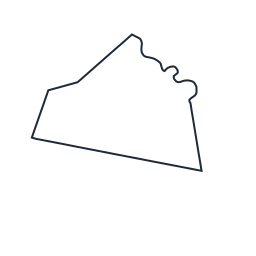 outline of São Bernardo, Maranhão, Brazil, rotated 230°
{"feature_id": "56859067B43626889758943", "entity_name": "São Bernardo", "entity_type": "district", "adm_level": 2, "iso_a3": "BRA", "parent_name": "Brazil", "parent_adm1": "Maranhão", "projection": "mercator", "projection_center": [-42.405, -3.29], "detail": "fine", "context": "isolated", "style": "outline", "palette": "slate", "viewbox_px": 256, "rotation_deg": 230, "n_neighbors": 0, "source": "geoboundaries", "source_scale": "gbopen_adm2", "svg_char_len": 1107}
<svg xmlns="http://www.w3.org/2000/svg" viewBox="0 0 256 256"><g transform="rotate(230 128 128)"><path d="M182.5,48.2L178.9,50.5L154.2,70.6L148.2,75.4L113.4,103.6L96.2,117.6L84.7,126.9L83.5,127.9L69.1,139.6L68.0,140.5L47.9,156.8L66.0,167.5L78.6,175.0L81.0,176.4L93.4,183.8L99.6,187.4L104.0,190.1L107.0,191.9L108.5,192.0L110.1,193.1L110.3,195.1L109.9,200.0L110.2,201.5L111.3,203.5L115.6,206.9L118.3,207.6L120.1,207.8L121.6,207.6L123.5,206.5L125.9,204.6L127.9,201.9L128.7,200.2L129.8,197.4L130.7,196.0L132.4,195.0L134.4,194.8L136.0,194.9L137.5,195.7L138.4,196.5L138.2,200.6L138.7,202.1L140.7,203.2L144.0,203.4L145.8,202.6L147.3,200.4L148.5,197.3L148.5,195.0L148.1,192.6L149.6,191.9L151.4,192.2L153.8,193.2L156.1,194.3L157.4,194.5L160.0,194.0L162.4,193.3L164.5,192.4L166.7,191.0L170.9,187.6L172.3,186.9L173.5,186.6L176.2,186.9L177.6,187.4L179.0,188.3L180.5,189.5L183.6,192.8L184.6,193.4L186.5,194.3L187.9,194.5L189.0,194.5L197.1,191.1L196.7,176.5L196.7,173.3L196.3,155.0L196.2,151.0L195.5,121.2L195.5,118.7L208.1,91.2L200.1,77.8L197.6,73.6L182.5,48.2Z" fill="none" stroke="#1e293b" stroke-width="2"/></g></svg>